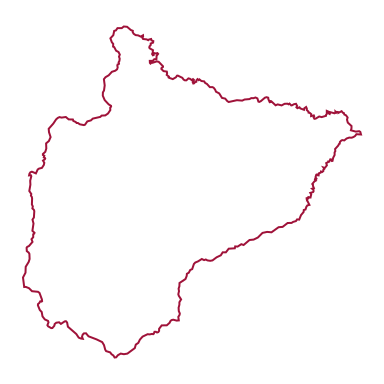 Abejorral, Antioquia, Colombia (Mercator projection)
{"feature_id": "7082276B70847845969134", "entity_name": "Abejorral", "entity_type": "district", "adm_level": 2, "iso_a3": "COL", "parent_name": "Colombia", "parent_adm1": "Antioquia", "projection": "mercator", "projection_center": [-75.413, 5.805], "detail": "fine", "context": "isolated", "style": "outline", "palette": "rose", "viewbox_px": 384, "rotation_deg": 0, "n_neighbors": 0, "source": "geoboundaries", "source_scale": "gbopen_adm2", "svg_char_len": 5874}
<svg xmlns="http://www.w3.org/2000/svg" viewBox="0 0 384 384"><path d="M24.2,287.0L25.8,286.9L29.0,288.2L32.0,291.2L38.0,291.8L39.5,292.9L41.9,299.4L42.1,301.2L41.6,301.6L40.3,301.3L39.2,303.1L38.0,304.1L37.9,305.3L39.8,310.0L41.7,312.0L42.5,316.4L44.8,319.4L48.0,320.9L48.5,322.3L47.4,325.2L48.1,326.3L51.2,328.1L52.4,328.0L54.3,325.8L54.7,324.0L56.3,322.7L59.1,322.3L60.9,323.9L64.7,321.4L65.9,321.2L67.1,322.5L67.9,326.7L76.3,334.0L78.7,337.6L80.8,338.5L82.8,338.8L82.0,336.8L82.7,334.6L83.9,333.4L86.0,333.3L88.5,336.3L96.6,339.4L102.2,342.1L104.0,345.1L105.2,349.6L106.1,351.1L110.2,352.4L111.5,354.2L113.4,355.5L114.6,357.5L116.2,357.3L117.9,355.2L120.7,353.6L123.9,354.2L127.4,353.6L134.8,348.1L135.8,344.6L138.3,342.9L139.9,339.6L142.6,336.6L147.6,334.2L149.7,334.4L152.1,333.9L153.1,334.2L153.8,333.7L154.5,331.8L155.9,331.8L157.0,332.5L158.3,332.1L159.1,330.9L159.1,328.8L161.7,325.4L166.8,325.3L169.6,322.8L170.4,321.1L171.5,320.1L173.2,319.7L176.7,320.6L178.8,320.4L178.3,316.9L179.6,314.8L179.8,313.4L178.8,311.1L178.6,307.7L179.4,304.7L179.4,302.2L181.1,299.4L178.8,295.8L178.3,294.2L179.0,291.2L178.6,288.7L179.4,286.2L179.5,283.0L185.5,279.0L186.7,275.9L186.9,273.8L188.8,272.7L190.2,270.0L192.2,269.1L193.9,264.0L195.3,262.5L198.0,261.4L201.8,259.0L204.1,260.1L205.8,259.5L207.4,260.4L210.2,260.8L212.5,260.4L216.6,257.3L220.8,255.3L222.7,252.3L225.9,252.3L228.7,248.7L234.8,248.3L235.2,246.4L237.6,246.6L241.3,244.2L243.6,245.0L249.5,240.0L253.6,239.6L257.9,237.5L262.5,232.9L267.1,231.9L271.5,232.3L278.6,227.2L282.6,226.9L287.6,223.0L291.6,222.9L293.1,221.9L295.9,221.1L297.1,219.4L299.2,219.6L301.0,215.1L303.6,212.0L303.8,210.0L305.5,209.5L306.4,206.7L307.4,205.4L309.4,204.9L306.8,199.7L306.6,198.2L307.8,197.8L307.5,199.0L308.5,198.2L308.5,197.1L310.5,197.5L311.2,194.4L310.3,192.9L313.0,192.1L313.5,191.5L313.5,189.8L312.1,188.7L313.9,188.1L312.9,185.8L313.0,184.8L312.3,184.0L314.4,181.4L315.8,180.6L314.9,179.6L315.0,179.1L316.2,179.1L316.5,178.7L315.5,177.2L316.3,174.7L317.0,174.4L317.8,175.3L318.6,175.4L318.9,173.3L320.7,172.6L321.0,171.5L322.2,172.0L323.3,171.1L323.3,169.9L324.3,168.9L323.4,167.5L324.6,167.9L325.2,167.5L326.9,165.3L326.2,163.1L328.1,162.1L328.2,161.5L329.3,161.6L330.3,159.3L331.1,159.4L331.9,161.0L332.5,160.9L333.2,157.7L334.6,155.0L334.6,152.4L335.3,151.2L335.1,149.0L338.3,145.5L338.9,144.1L339.7,143.7L339.9,142.0L341.1,140.7L342.2,140.1L344.3,140.4L346.6,138.5L349.2,137.6L351.7,137.7L353.5,137.0L355.2,135.9L356.4,134.2L361.0,134.5L360.3,131.9L359.2,131.2L355.8,131.6L350.9,130.3L351.5,128.2L351.5,126.0L347.8,122.6L347.0,119.7L347.6,117.5L346.0,115.3L344.3,114.5L343.9,113.1L342.9,112.8L341.6,111.2L338.3,112.9L338.2,112.1L336.9,111.9L336.3,112.6L335.4,111.6L335.4,112.9L334.5,113.3L329.6,112.0L330.0,113.3L329.7,114.0L328.9,113.5L328.4,111.6L326.8,110.9L326.8,113.9L326.0,115.0L326.0,115.8L321.7,117.1L319.2,116.5L315.7,118.6L314.4,118.8L313.6,117.4L314.2,116.3L313.8,115.4L311.1,116.1L311.2,114.1L309.9,113.0L308.5,112.6L308.5,111.6L306.8,110.1L306.8,108.5L306.1,107.0L304.3,108.3L304.0,109.8L300.3,108.4L299.5,107.3L297.4,108.2L296.4,107.3L297.1,105.9L296.0,103.8L294.0,104.2L291.8,105.4L291.2,105.4L289.5,103.6L288.5,104.3L287.5,103.7L284.6,103.8L281.6,105.4L277.7,104.4L275.6,105.3L271.2,101.2L270.1,101.0L270.3,102.1L269.7,102.2L268.4,99.3L268.2,97.7L266.6,97.2L264.9,97.7L260.9,101.1L259.3,101.9L258.4,101.6L257.4,98.4L255.5,97.5L253.4,98.2L251.3,98.1L249.4,99.1L244.6,99.5L242.2,100.6L236.9,100.2L228.7,102.0L227.3,101.1L225.2,98.6L222.0,97.9L219.2,93.4L216.0,91.7L215.1,89.6L213.7,87.8L212.5,87.1L209.8,87.1L206.9,83.9L205.2,83.0L204.2,81.4L201.4,81.0L199.4,79.4L198.7,80.1L197.5,79.1L196.4,80.5L196.3,81.8L195.1,82.1L194.1,83.3L193.3,83.5L192.7,82.1L194.0,80.0L193.0,79.1L191.7,80.1L190.0,78.8L188.4,78.4L186.4,80.3L184.8,80.3L183.6,79.6L182.3,77.8L177.8,75.6L177.0,75.7L175.9,77.3L172.8,79.1L169.1,77.8L168.6,77.5L168.9,76.6L166.7,74.9L167.1,73.2L166.8,71.6L163.5,71.1L161.4,69.0L161.4,68.2L163.0,66.9L163.0,66.3L158.7,61.8L156.7,61.4L152.5,62.8L151.5,62.7L150.5,63.6L149.9,62.9L149.8,60.9L152.7,60.9L154.3,59.2L156.4,59.2L156.6,55.8L158.1,53.9L157.4,53.1L155.7,53.5L153.8,53.0L153.7,55.0L152.9,55.3L152.1,54.0L152.6,53.0L153.0,50.2L149.8,48.4L149.3,47.7L149.5,46.4L150.7,45.0L150.7,43.5L153.1,42.6L153.3,41.1L151.5,40.4L151.1,39.0L149.0,39.5L148.2,40.2L146.7,39.4L143.1,39.0L142.3,37.7L143.1,36.6L143.0,35.3L140.7,36.6L138.2,35.4L135.6,35.1L133.6,33.7L132.7,32.1L132.8,30.8L130.8,30.0L127.1,26.8L123.8,26.5L121.8,28.1L117.5,28.1L115.9,30.4L114.2,30.9L113.3,35.2L110.4,38.3L111.8,42.2L113.2,43.9L113.1,46.6L114.2,47.1L116.1,50.7L118.5,52.0L119.8,54.6L119.0,56.7L119.7,58.7L119.4,61.0L118.6,62.3L119.0,63.6L118.7,64.2L117.6,64.5L117.3,65.7L117.7,67.3L117.1,69.3L115.3,70.7L111.9,71.8L108.7,75.3L105.5,77.2L103.9,79.2L104.7,85.4L104.0,90.5L102.9,92.4L102.8,95.7L104.7,100.1L108.7,104.4L111.0,105.8L111.1,106.6L110.2,107.7L110.3,110.1L108.0,113.5L105.3,115.4L101.6,115.6L100.3,116.9L92.8,118.6L90.9,120.4L87.3,121.4L85.0,124.7L83.9,125.1L79.8,124.3L77.9,123.0L76.6,123.0L75.7,122.0L73.3,120.9L72.9,119.5L68.7,119.4L65.8,117.0L61.6,117.6L59.5,117.1L57.8,117.9L56.1,119.4L53.3,123.6L48.7,128.8L49.0,132.2L50.6,137.1L48.9,141.0L46.1,143.4L46.3,148.5L45.3,151.8L42.9,154.0L42.9,155.0L44.3,155.7L43.8,157.4L44.9,157.9L45.2,158.5L44.8,159.3L43.0,160.6L44.3,162.8L43.8,165.0L41.9,167.9L39.0,168.6L37.7,169.5L35.9,173.4L31.9,171.7L30.4,172.3L29.5,173.6L29.1,175.4L30.8,175.2L31.3,176.2L30.2,180.7L30.4,184.7L29.3,191.0L31.3,194.0L30.9,195.6L31.8,196.9L32.1,198.5L31.9,204.5L32.8,206.4L32.4,208.5L33.8,209.7L34.3,211.1L33.9,217.5L32.5,219.6L33.5,223.5L32.4,230.8L34.5,232.8L34.2,233.6L33.2,234.3L33.2,237.2L31.5,239.2L32.5,241.9L29.0,246.0L27.2,246.9L26.6,247.8L26.8,251.1L28.7,252.6L29.4,253.9L29.6,259.0L28.7,261.9L25.7,266.8L25.5,272.7L23.0,277.5L24.2,287.0Z" fill="none" stroke="#9f1239" stroke-width="2"/></svg>